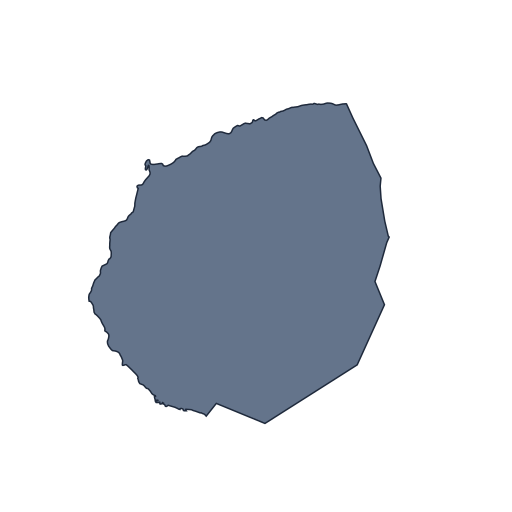 the district of Petit Piton, Soufrière, Saint Lucia, rotated 31°
{"feature_id": "8701671B87024407460992", "entity_name": "Petit Piton", "entity_type": "district", "adm_level": 2, "iso_a3": "LCA", "parent_name": "Saint Lucia", "parent_adm1": "Soufrière", "projection": "mercator", "projection_center": [-61.066, 13.834], "detail": "fine", "context": "isolated", "style": "filled", "palette": "slate", "viewbox_px": 512, "rotation_deg": 31, "n_neighbors": 0, "source": "geoboundaries", "source_scale": "gbopen_adm2", "svg_char_len": 5918}
<svg xmlns="http://www.w3.org/2000/svg" viewBox="0 0 512 512"><g transform="rotate(31 256 256)"><path d="M255.2,79.0L254.0,79.6L253.2,80.3L252.3,80.8L250.3,82.6L249.0,83.9L248.3,84.4L247.3,85.3L246.6,85.6L245.3,85.9L244.5,85.9L243.0,86.1L241.6,86.5L240.1,87.2L238.6,88.0L237.6,88.8L236.7,89.8L235.6,91.1L234.5,91.9L233.5,92.7L232.9,92.9L231.5,93.5L231.1,93.9L230.8,94.3L230.3,94.5L228.9,94.8L228.3,95.0L228.0,95.0L227.2,95.3L226.8,96.1L226.4,96.7L225.7,97.1L224.8,97.5L223.0,98.9L221.5,100.3L220.6,100.9L218.4,102.7L217.4,103.6L215.8,105.5L215.4,106.0L215.2,106.3L213.7,107.5L212.3,108.6L211.4,109.4L210.2,110.1L209.6,110.8L208.1,112.9L206.6,114.4L205.9,115.5L205.4,116.5L205.1,116.9L204.3,118.0L203.6,118.6L202.6,119.5L202.1,120.6L201.2,121.2L200.7,122.1L200.2,122.8L200.1,123.6L199.7,124.5L199.5,125.0L199.1,125.7L198.4,126.9L198.2,127.6L197.8,128.5L197.0,129.8L196.2,131.4L196.0,132.3L195.5,133.6L194.8,134.5L194.4,134.6L193.7,134.8L193.3,134.9L192.0,134.4L190.9,134.0L189.5,134.5L188.7,136.0L188.0,136.8L187.6,137.6L187.2,138.4L186.7,139.3L186.3,140.0L185.7,140.6L184.8,140.7L184.0,140.4L183.5,140.7L183.5,141.6L183.9,142.7L183.9,143.3L183.8,143.9L182.7,145.9L181.1,146.5L179.6,147.2L178.6,147.5L177.7,148.5L177.1,149.5L176.7,150.4L176.4,150.8L175.9,151.8L175.5,152.6L174.9,153.1L173.7,153.4L173.0,153.6L172.6,154.2L172.2,154.9L171.3,156.7L170.7,158.2L170.7,159.6L170.9,160.9L171.0,162.1L171.0,162.7L171.0,163.1L170.3,164.7L169.4,165.5L167.5,166.2L165.0,166.8L163.2,167.2L161.9,167.8L161.0,168.4L159.3,170.1L158.2,171.6L157.6,172.7L157.4,173.8L157.0,175.2L156.9,176.9L157.4,178.8L157.7,179.7L157.8,181.0L157.6,182.5L156.7,184.5L156.0,185.8L155.5,186.7L154.8,187.5L153.5,188.7L153.1,189.6L152.5,190.3L151.2,191.3L150.2,192.2L149.5,193.5L149.2,195.6L148.9,197.1L148.3,198.0L147.7,199.1L147.1,201.7L146.7,203.0L146.0,204.3L145.8,205.3L145.0,206.1L144.3,206.7L143.1,207.5L142.1,208.1L141.3,208.4L141.0,208.8L140.1,210.1L139.5,211.3L138.7,212.5L138.2,213.4L137.6,214.5L137.7,215.2L137.6,215.7L137.5,216.9L137.2,218.0L136.7,219.3L136.1,220.5L135.3,221.8L134.6,222.8L133.9,223.8L132.9,225.0L131.9,225.8L130.4,226.2L130.0,226.3L128.8,225.4L128.0,225.3L127.2,225.4L125.2,226.9L124.6,227.5L123.1,228.7L121.5,230.0L121.0,230.3L120.1,230.8L118.9,231.3L118.0,231.3L117.3,230.8L116.3,229.6L115.3,228.6L114.3,228.8L113.8,229.3L113.2,230.9L113.2,231.7L113.3,233.1L113.6,234.5L114.2,235.1L115.1,235.5L115.5,236.4L116.0,237.8L116.5,238.6L116.8,238.9L117.5,238.9L117.9,238.1L117.8,237.3L117.4,235.3L117.1,233.8L117.8,233.8L118.2,234.3L118.8,235.1L119.5,236.5L120.1,237.3L121.2,238.1L122.1,238.9L122.6,239.6L123.0,240.6L123.1,242.2L122.8,243.8L122.4,246.0L122.1,247.4L121.9,250.0L122.0,251.8L121.9,252.9L121.5,253.8L120.9,254.4L119.6,255.2L119.0,255.6L118.5,256.2L118.1,257.1L118.2,257.7L119.1,258.6L119.9,258.7L120.2,258.7L122.1,264.8L123.1,268.2L124.1,270.9L125.0,273.2L125.7,274.4L126.5,275.9L126.7,276.8L127.6,280.0L128.0,281.3L127.5,282.6L127.2,283.2L127.2,284.2L126.6,285.9L126.3,286.9L126.2,287.6L126.2,288.7L126.5,290.1L126.5,292.0L125.6,293.4L124.5,294.6L123.7,295.3L122.7,296.4L121.8,297.5L121.3,298.4L121.1,299.3L120.9,301.0L120.8,301.5L120.4,303.0L120.3,305.2L119.9,307.4L119.5,310.0L119.4,310.8L120.2,312.8L120.9,315.0L121.4,315.9L122.3,316.8L123.0,318.1L123.6,319.4L124.3,320.8L125.0,321.9L126.0,323.8L126.7,324.8L127.3,325.3L129.4,326.6L129.8,327.1L130.6,328.3L131.6,330.2L132.0,330.8L132.2,331.9L132.2,332.7L132.1,333.5L131.6,334.3L131.6,334.8L131.7,336.2L132.1,337.5L132.3,338.6L132.2,339.3L132.0,339.8L129.3,343.9L129.4,345.3L129.7,346.9L130.1,348.5L130.5,349.3L131.0,349.9L131.5,350.8L131.7,351.3L131.8,351.9L131.9,353.4L131.9,354.1L131.4,355.2L130.9,357.3L130.3,359.6L130.5,360.7L130.6,361.9L130.8,363.1L131.3,365.1L131.5,366.0L131.6,367.4L131.8,368.6L132.2,369.2L132.6,369.9L132.8,370.7L132.9,372.9L132.7,373.8L132.9,375.3L133.9,377.6L135.3,379.6L136.3,380.7L136.9,380.3L137.8,380.3L138.9,380.6L140.0,381.2L141.7,382.1L142.7,383.1L143.2,383.9L143.4,384.2L144.6,385.5L145.2,386.3L146.1,387.5L147.1,388.1L148.0,388.6L149.1,388.6L151.0,389.0L154.1,389.9L155.8,390.6L157.1,391.7L158.7,392.8L159.2,393.1L160.5,393.8L162.5,394.9L163.3,395.5L164.3,396.5L164.5,397.3L164.9,397.8L165.3,398.1L165.7,398.2L166.7,398.0L168.3,398.4L169.5,398.7L170.5,399.5L170.8,399.9L171.4,401.0L172.0,402.7L172.3,403.9L172.5,405.5L173.4,406.9L174.1,407.7L176.0,409.1L178.6,410.2L180.3,410.8L181.7,411.0L184.3,409.9L186.1,409.5L187.5,409.4L188.4,409.5L189.7,410.1L190.7,410.9L192.1,411.6L193.1,412.3L195.2,413.9L195.8,414.6L196.4,416.0L197.1,417.5L197.4,418.0L197.8,418.4L198.3,418.3L198.6,418.0L199.5,417.1L199.7,416.7L200.3,416.3L200.8,416.0L203.1,416.4L205.7,417.0L208.3,417.6L210.5,418.2L213.4,418.9L215.6,419.6L216.2,419.9L217.0,420.4L217.5,420.9L217.6,421.7L218.7,422.6L220.1,424.1L222.1,425.2L223.4,425.0L225.7,424.6L227.2,424.9L228.1,425.2L229.1,425.6L230.3,425.8L231.6,425.4L232.2,425.4L235.0,426.3L237.7,427.6L239.1,427.8L240.2,427.8L241.7,427.6L242.1,427.9L241.4,429.0L242.6,430.2L243.3,430.9L244.4,431.4L244.8,431.0L245.5,430.6L246.0,430.2L246.3,430.4L245.5,431.2L244.7,431.7L244.3,432.1L244.9,432.6L245.9,433.0L246.4,432.7L247.2,432.2L247.5,432.1L247.8,431.9L248.3,431.2L248.8,430.9L249.3,431.7L250.1,432.3L251.9,430.8L251.4,430.1L251.4,429.8L252.5,429.8L252.6,430.3L253.1,430.5L254.2,430.5L254.7,430.7L255.8,431.5L256.8,431.0L257.6,429.2L264.1,427.5L264.9,427.3L265.8,427.3L266.9,427.1L268.5,427.1L269.9,426.7L269.6,426.0L270.3,425.2L272.0,424.8L272.5,425.0L273.4,425.8L274.5,425.5L275.9,424.6L274.8,424.2L274.8,423.5L279.8,421.0L281.8,420.8L284.0,420.2L289.1,419.2L289.7,418.6L291.3,418.6L292.1,418.3L292.7,418.3L293.5,418.2L295.8,418.9L296.9,410.5L297.9,402.8L349.9,394.9L379.9,335.0L398.8,297.2L391.2,231.6L371.1,216.6L367.5,200.6L361.2,177.3L360.4,171.2L359.1,170.8L348.5,159.9L333.6,142.4L326.5,132.2L323.0,124.9L308.9,116.2L294.0,104.5L267.9,87.8L255.2,79.0Z" fill="#64748b" stroke="#1e293b" stroke-width="1.5"/></g></svg>